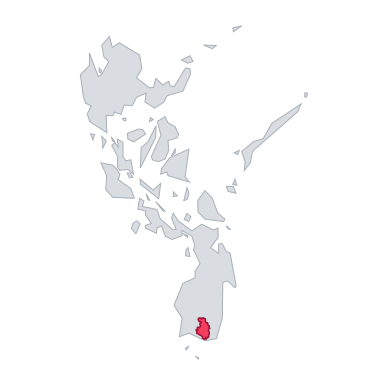 location of Apayao, Apayao, Philippines, rotated 181°
{"feature_id": "2640588B24165862747597", "entity_name": "Apayao", "entity_type": "district", "adm_level": 2, "iso_a3": "PHL", "parent_name": "Philippines", "parent_adm1": "Apayao", "projection": "albers", "projection_center": [121.354, 18.09], "detail": "fine", "context": "in_parent", "style": "filled", "palette": "rose", "viewbox_px": 384, "rotation_deg": 181, "n_neighbors": 0, "source": "geoboundaries", "source_scale": "gbopen_adm2", "svg_char_len": 6110}
<svg xmlns="http://www.w3.org/2000/svg" viewBox="0 0 384 384"><g transform="rotate(181 192 192)"><path d="M176.2,43.4L192.8,50.9L202.1,47.0L199.7,65.7L208.0,78.3L199.5,100.5L187.3,106.4L187.6,112.6L182.7,120.7L189.6,134.5L188.1,138.1L191.3,147.8L201.4,153.4L201.1,148.2L210.9,144.2L217.9,147.2L221.8,157.4L226.3,155.4L226.8,150.1L238.1,155.2L238.0,157.9L232.1,159.8L238.4,168.5L237.7,172.2L245.9,173.9L244.2,184.9L239.9,182.0L241.5,176.7L226.8,173.9L223.3,164.6L210.2,153.8L207.3,154.3L212.0,165.8L210.4,170.5L205.3,162.9L191.5,153.2L181.6,160.0L170.1,154.4L165.4,156.3L165.0,147.3L172.4,136.6L164.3,131.1L164.4,140.4L161.0,141.1L156.7,133.1L152.9,131.7L146.2,98.7L147.5,97.0L154.9,103.6L159.6,102.2L159.5,66.3L165.0,45.9L176.2,43.4ZM278.1,249.8L295.3,260.5L298.1,268.0L294.4,276.4L299.8,278.8L302.2,285.3L305.7,307.3L296.7,316.6L297.0,329.1L287.7,305.8L284.6,307.5L277.6,320.8L282.6,325.9L284.8,337.1L277.3,346.0L274.3,335.2L267.1,339.8L246.7,328.0L244.3,314.4L249.4,305.1L236.5,295.5L232.4,295.8L230.1,305.1L223.0,298.4L217.1,302.4L215.8,297.9L211.7,297.0L200.6,315.9L196.3,315.4L195.4,310.1L202.8,292.8L218.6,287.8L221.8,281.4L230.8,275.1L240.6,281.2L239.6,290.1L248.9,285.8L253.6,277.1L261.3,277.9L264.4,268.3L270.8,270.6L272.4,266.9L279.2,267.0L278.1,249.8ZM227.9,261.9L220.4,266.9L217.3,260.9L210.1,257.1L206.3,249.3L207.9,246.0L216.9,243.0L215.9,233.3L219.7,224.4L226.0,221.8L232.0,223.4L233.3,226.7L224.1,248.2L227.9,261.9ZM271.3,185.3L278.3,193.0L277.6,207.0L283.6,219.5L271.9,217.6L267.2,213.1L264.4,208.1L266.1,203.2L253.2,194.4L249.6,184.7L271.3,185.3ZM194.8,201.9L216.2,207.9L217.5,211.5L223.6,209.2L222.8,215.0L214.8,225.9L195.8,234.8L199.2,206.9L194.8,201.9ZM113.4,262.0L84.4,282.0L87.7,274.1L132.2,233.8L134.2,222.3L140.1,214.4L139.4,222.8L143.0,233.4L131.3,243.5L121.7,246.7L113.4,262.0ZM160.0,163.0L178.4,165.1L185.7,172.1L186.1,183.6L179.1,193.5L171.9,186.6L165.7,171.2L158.6,165.5L160.0,163.0ZM256.5,213.3L264.7,212.4L267.0,216.1L266.9,226.1L273.1,237.1L270.2,239.9L266.5,235.8L267.6,243.6L261.8,240.5L261.7,226.3L258.7,222.1L253.7,223.1L250.8,208.9L256.5,213.3ZM229.1,257.7L229.3,245.7L244.1,215.1L243.6,235.4L236.6,241.9L229.1,257.7ZM257.6,249.5L246.6,254.0L242.3,253.5L239.4,249.1L251.4,240.9L257.1,243.9L257.6,249.5ZM225.2,184.7L243.9,198.9L244.1,203.9L230.8,193.2L223.5,200.1L225.2,184.7ZM250.5,159.8L246.5,162.2L243.3,159.2L247.4,149.4L251.9,154.2L250.5,159.8ZM204.9,323.9L196.2,328.2L193.2,322.5L198.6,320.7L204.9,323.9ZM148.0,191.4L155.9,193.3L157.8,198.2L150.8,198.3L148.0,191.4ZM194.7,162.5L199.3,164.3L196.8,170.4L192.7,167.5L194.7,162.5ZM174.3,335.6L183.2,339.2L170.4,338.9L174.3,335.6ZM283.2,246.0L278.5,241.4L282.3,233.8L282.0,238.3L283.2,246.0ZM200.0,183.3L197.1,196.1L195.0,190.8L196.7,184.5L200.0,183.3ZM153.4,353.0L154.0,356.8L145.1,359.0L153.4,353.0ZM197.3,128.2L197.0,133.9L195.0,136.4L192.9,127.4L197.3,128.2ZM213.2,227.8L209.4,235.2L209.4,231.0L213.2,227.8ZM151.4,200.4L149.2,205.7L147.3,199.5L151.4,200.4ZM257.2,209.8L254.3,210.0L251.4,205.8L254.9,205.2L257.2,209.8ZM210.6,187.0L210.7,191.8L206.5,187.9L210.6,187.0ZM294.5,248.4L290.2,247.6L292.0,242.4L294.5,248.4ZM220.6,172.4L228.2,181.9L218.7,172.5L220.6,172.4ZM150.5,231.8L145.5,234.5L146.9,230.2L150.5,231.8ZM235.8,261.6L234.9,265.7L232.0,263.7L235.8,261.6ZM236.1,183.9L237.8,189.6L234.0,182.5L236.1,183.9ZM80.9,293.2L78.3,292.8L78.9,289.2L80.9,288.9L80.9,293.2ZM262.8,264.4L259.5,264.7L259.2,262.5L261.2,262.1L262.8,264.4ZM287.0,314.3L284.5,311.8L285.2,309.2L286.9,310.5L287.0,314.3ZM155.7,155.9L157.1,159.1L153.2,155.4L155.7,155.9ZM272.3,241.6L273.7,245.8L270.0,240.7L272.3,241.6ZM195.9,35.4L192.3,38.1L194.9,34.1L195.9,35.4ZM200.6,150.6L195.6,148.1L195.6,146.4L200.6,150.6ZM182.7,25.0L185.8,28.0L182.3,26.0L182.7,25.0Z" fill="#d9dde1" stroke="#a8b0b8" stroke-width="1"/><path d="M176.4,65.3L176.5,65.3L176.6,65.5L176.8,65.6L177.0,65.5L177.2,65.8L177.3,65.8L177.4,65.7L177.5,65.7L177.8,65.7L177.8,65.8L178.0,66.0L178.3,66.2L178.6,66.3L178.8,66.4L179.0,66.4L179.2,66.2L179.3,66.0L179.4,65.9L179.6,65.9L179.6,65.6L179.8,65.4L180.0,65.3L180.3,65.3L180.5,65.4L180.6,65.5L180.7,65.8L180.6,66.0L181.7,66.0L182.2,66.3L182.5,66.1L183.2,65.7L183.6,65.1L183.6,64.9L183.6,64.7L183.5,64.4L183.5,64.2L183.4,64.0L183.2,63.8L183.2,63.5L183.2,63.4L182.6,62.7L182.3,62.6L181.9,62.5L181.4,62.5L181.2,62.5L180.9,62.4L180.8,62.2L181.0,62.2L181.0,61.9L181.1,62.0L181.2,61.5L181.4,61.1L181.6,60.8L181.7,60.7L181.8,60.1L181.9,59.9L181.9,59.7L181.6,59.3L181.0,58.6L181.1,58.4L181.2,58.5L181.2,58.4L181.1,58.2L181.3,58.1L181.4,57.9L181.5,57.7L181.4,57.6L181.5,57.5L181.6,57.4L181.7,57.2L182.1,56.4L183.5,57.0L184.2,56.7L184.3,55.9L184.3,55.4L184.3,55.2L184.2,55.0L184.2,54.9L184.3,54.9L184.5,54.8L184.4,54.8L184.5,54.8L184.5,54.7L184.4,54.6L184.5,54.6L184.4,54.6L184.5,54.6L184.4,54.6L184.5,54.6L184.4,54.6L184.5,54.6L184.7,54.4L184.8,54.4L184.7,54.4L184.7,54.2L184.8,54.2L184.7,54.1L184.8,54.1L184.7,54.1L184.8,54.0L184.7,54.0L184.7,53.9L184.8,53.9L184.7,53.9L184.8,53.7L184.7,53.7L184.8,52.8L184.9,52.3L184.8,52.1L184.7,51.7L184.4,51.7L184.3,51.2L184.5,51.0L184.6,50.7L184.4,50.7L184.2,50.5L183.8,50.4L183.2,50.3L183.2,50.2L182.9,49.9L182.2,49.5L181.4,49.0L181.0,48.8L180.3,48.7L179.5,47.8L179.3,47.7L179.0,47.6L179.0,47.1L179.0,46.8L178.9,46.5L178.9,46.1L177.7,45.6L177.7,45.2L177.4,45.1L177.2,45.1L176.6,45.1L175.9,46.2L175.9,45.5L176.0,45.5L176.0,45.4L176.0,45.2L175.7,45.2L175.3,45.2L174.9,45.5L174.8,46.0L174.5,46.1L174.0,46.9L173.0,47.0L172.8,48.0L172.8,48.9L172.1,51.2L172.3,52.2L172.6,52.7L172.7,52.8L173.3,53.6L173.1,54.0L172.8,54.6L172.7,55.0L172.5,55.4L172.4,55.6L172.3,55.8L172.3,56.0L172.5,56.2L172.5,56.3L172.5,56.5L172.4,56.5L172.5,56.6L172.5,56.8L172.4,57.2L172.3,57.3L172.4,57.5L172.5,57.5L172.6,57.8L172.7,58.0L172.5,58.3L172.4,58.4L172.4,58.5L172.6,58.7L172.7,58.8L172.9,58.8L173.1,59.0L173.3,59.1L173.6,59.2L173.6,59.3L173.7,59.5L173.8,59.6L173.9,60.1L173.9,61.0L174.0,61.3L174.2,61.5L174.3,61.6L174.6,61.6L175.0,61.5L175.3,61.4L175.4,61.5L175.5,61.5L175.8,61.7L175.8,61.9L175.9,62.1L176.1,62.4L176.1,62.8L176.2,63.0L176.3,63.7L176.3,64.0L176.4,65.3Z" fill="#f43f5e" stroke="#9f1239" stroke-width="1.5"/></g></svg>